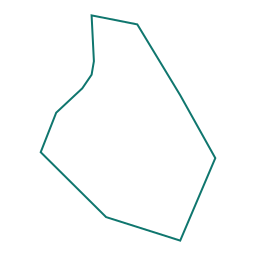 the border of Cotabato
{"feature_id": "PHL-5527", "entity_name": "Cotabato", "entity_type": "Independent Component City", "adm_level": 1, "iso_a3": "PHL", "parent_name": "Philippines", "parent_adm1": "", "projection": "orthographic", "projection_center": [124.232, 7.243], "detail": "fine", "context": "isolated", "style": "outline", "palette": "teal", "viewbox_px": 256, "rotation_deg": 0, "n_neighbors": 0, "source": "natural_earth", "source_scale": "10m", "svg_char_len": 258}
<svg xmlns="http://www.w3.org/2000/svg" viewBox="0 0 256 256"><path d="M40.7,152.2L56.2,112.7L82.3,88.3L91.6,74.7L93.9,61.2L91.6,15.4L137.3,24.4L180.2,95.2L215.3,158.1L180.2,240.6L106.1,217.1L40.7,152.2Z" fill="none" stroke="#0f766e" stroke-width="2"/></svg>